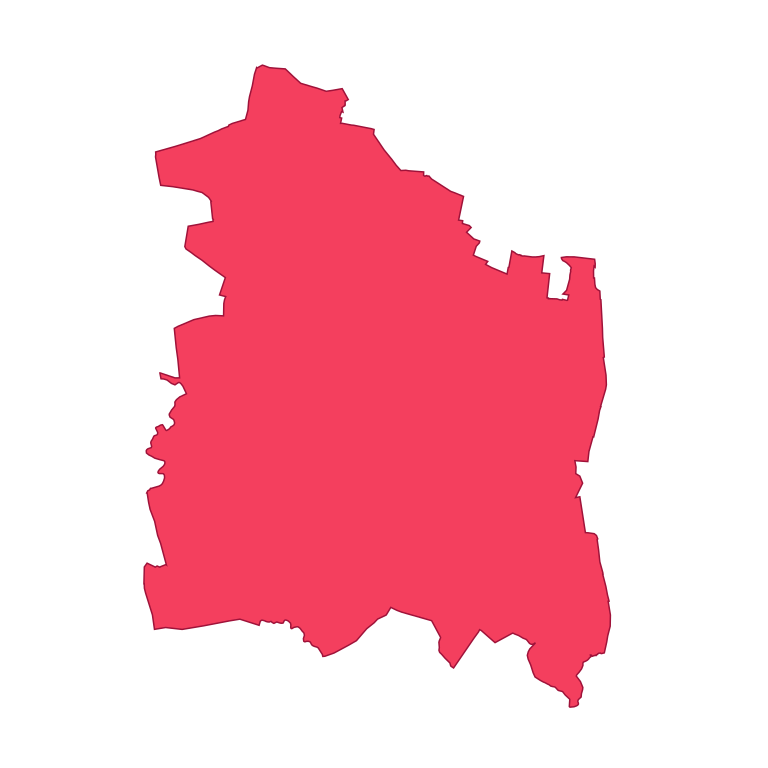 the district of Griškānu pag., Rezeknes, Latvia, rotated 102°
{"feature_id": "27541924B86599221750304", "entity_name": "Griškānu pag.", "entity_type": "district", "adm_level": 2, "iso_a3": "LVA", "parent_name": "Latvia", "parent_adm1": "Rezeknes", "projection": "mercator", "projection_center": [27.435, 56.489], "detail": "fine", "context": "isolated", "style": "filled", "palette": "rose", "viewbox_px": 768, "rotation_deg": 102, "n_neighbors": 0, "source": "geoboundaries", "source_scale": "gbopen_adm2", "svg_char_len": 6166}
<svg xmlns="http://www.w3.org/2000/svg" viewBox="0 0 768 768"><g transform="rotate(102 384 384)"><path d="M101.3,573.9L101.4,574.2L101.2,574.4L107.9,575.1L119.8,574.8L130.8,575.3L136.0,575.1L144.5,574.0L154.0,574.5L160.7,586.6L163.0,589.6L164.4,589.8L168.0,595.5L170.8,599.0L172.8,602.1L182.1,614.6L194.9,637.4L204.5,655.6L206.7,655.0L209.4,654.7L228.6,647.0L236.1,643.7L234.9,631.7L233.9,611.3L234.3,606.5L234.5,601.8L237.9,594.4L241.2,590.9L241.7,591.3L258.0,586.0L258.4,585.2L258.8,585.4L260.5,585.0L262.2,589.2L266.4,598.5L270.4,608.3L291.0,607.4L293.1,605.7L295.5,599.9L297.6,595.5L300.8,587.7L304.8,579.7L307.8,573.2L312.9,561.3L331.1,563.4L331.4,557.0L334.8,557.5L338.6,557.4L350.7,555.1L352.0,563.0L353.9,569.0L360.6,583.4L370.3,597.3L373.2,600.7L391.6,594.8L402.7,590.8L420.5,585.2L421.5,589.7L419.7,605.2L419.8,605.5L425.3,603.2L424.9,600.8L425.1,597.9L425.3,596.8L427.6,592.1L428.3,588.3L425.8,585.9L425.2,585.1L425.1,584.1L426.0,582.5L428.0,580.2L434.6,575.2L439.0,581.0L442.4,583.7L444.7,584.7L445.7,584.7L447.2,584.2L449.3,584.1L453.5,586.3L458.0,587.8L459.0,587.6L460.9,586.4L462.3,582.8L463.1,581.9L465.6,580.7L467.4,580.8L469.1,582.1L470.0,583.3L470.6,583.8L471.8,584.2L472.9,585.0L474.6,586.8L474.7,587.3L474.3,588.0L470.3,591.7L469.9,592.3L470.7,594.1L472.5,596.0L473.5,597.7L474.3,598.2L474.8,598.1L478.4,595.3L480.2,595.1L481.2,595.8L482.3,597.8L483.0,598.3L486.2,599.0L488.5,599.9L490.1,599.9L493.3,598.3L494.6,598.4L496.4,601.4L497.6,602.4L498.8,602.7L500.9,602.0L502.3,599.2L503.0,596.2L504.2,592.8L504.6,587.8L504.8,583.2L505.5,582.3L506.7,581.9L508.0,581.9L509.2,582.3L510.5,582.9L514.0,585.7L516.0,586.6L517.3,586.8L518.2,586.1L518.3,584.8L517.7,582.1L517.7,581.1L518.5,580.1L519.6,579.6L521.5,579.1L524.9,579.4L527.6,580.1L529.4,581.3L530.7,582.9L534.4,589.8L534.6,590.7L536.3,591.3L537.5,592.8L540.0,593.5L540.1,592.9L548.8,589.6L555.3,586.7L566.0,579.8L579.2,573.9L586.3,569.4L606.1,559.3L605.9,559.7L609.4,565.0L609.8,565.2L609.2,568.1L610.7,569.7L610.4,570.6L608.5,578.5L612.8,580.4L629.3,577.3L629.2,577.0L633.6,575.9L638.1,573.7L658.0,562.5L671.7,557.5L667.6,547.0L666.0,530.4L658.1,510.3L647.9,486.1L644.0,476.1L646.0,456.0L641.8,455.7L640.6,454.8L640.3,453.9L640.4,451.7L640.8,450.1L640.9,448.6L640.7,446.8L639.7,445.2L640.5,443.8L641.0,442.2L641.0,441.9L639.2,439.6L639.1,439.2L639.4,436.4L639.4,434.9L638.9,433.2L638.6,432.9L636.7,432.5L635.8,432.0L635.4,431.5L635.3,430.7L635.4,429.6L635.8,428.2L637.3,425.8L639.0,425.0L641.3,424.7L642.4,424.1L642.5,423.5L642.3,423.1L640.8,421.5L639.6,418.8L639.4,418.0L639.5,417.3L640.2,415.7L641.0,414.6L642.7,412.7L644.0,410.8L644.7,410.3L646.4,409.6L649.9,409.9L652.3,409.0L652.6,408.3L652.6,407.7L651.7,406.0L651.4,404.2L651.6,403.0L651.8,402.4L653.9,400.7L654.6,399.7L655.1,397.8L655.3,394.9L655.8,393.5L661.3,388.1L663.2,387.2L662.6,385.2L657.5,376.9L646.9,364.4L640.8,357.6L626.9,350.0L619.6,344.0L615.3,341.4L609.5,333.8L601.1,330.9L602.7,324.3L603.5,319.1L605.6,288.2L619.9,276.1L620.5,275.9L623.5,276.5L625.2,276.6L630.3,275.1L633.0,274.9L634.6,274.0L635.1,273.5L636.4,271.4L639.5,267.3L643.2,261.5L645.8,260.2L646.2,259.7L647.3,256.9L614.0,243.2L606.8,240.0L604.4,239.4L604.9,237.6L613.9,221.6L601.0,206.5L601.0,205.2L601.3,204.6L602.0,200.1L603.7,195.1L604.2,192.0L604.9,190.8L607.5,187.7L608.0,185.9L607.5,184.0L605.6,182.1L606.8,182.6L612.8,186.3L615.9,187.2L619.6,187.4L623.1,185.8L628.3,182.1L635.4,178.1L639.2,175.3L641.4,169.5L642.4,166.1L642.6,164.7L643.5,161.6L643.8,160.1L644.8,158.1L644.9,156.0L644.8,154.0L645.7,152.4L647.2,150.4L647.5,149.6L647.7,145.4L650.5,142.1L653.5,137.1L653.9,136.7L660.9,135.7L661.3,135.3L661.4,134.8L660.2,131.0L658.9,128.9L657.9,127.8L656.8,127.3L655.8,127.5L654.3,128.4L653.3,128.5L652.2,128.2L649.2,126.1L645.8,126.5L641.8,126.2L639.5,126.4L634.2,130.0L629.7,135.2L628.4,135.0L625.3,133.2L621.5,131.5L617.9,130.9L615.8,131.4L614.6,131.2L613.0,128.9L611.8,127.6L610.2,126.5L609.1,126.1L607.8,125.0L606.2,125.8L606.0,125.2L606.3,124.6L607.0,124.2L606.9,123.2L606.4,122.9L605.8,121.5L605.8,121.2L605.4,121.0L605.4,120.0L604.6,119.9L604.2,118.9L603.5,118.8L602.7,118.0L602.2,116.3L602.5,115.9L602.5,115.2L601.2,112.6L590.2,112.5L583.9,112.8L573.9,112.4L562.9,114.5L549.9,119.6L549.6,118.7L544.0,121.5L535.9,124.9L524.6,130.5L524.5,130.2L522.9,130.8L513.1,135.9L501.7,139.6L491.8,143.2L491.1,142.7L488.0,144.7L486.7,147.3L487.1,153.2L487.5,156.1L453.6,169.0L455.3,173.0L439.7,169.1L433.4,173.3L431.8,177.8L425.3,178.9L419.3,181.4L417.5,168.5L407.4,169.5L392.2,168.6L392.2,167.9L373.7,167.3L365.0,167.6L360.9,167.1L360.9,167.5L343.1,166.1L338.6,166.3L329.1,168.7L312.5,175.0L311.8,174.1L292.9,179.8L284.2,181.9L256.4,189.4L256.1,190.1L248.2,192.2L247.2,195.1L245.7,197.1L242.5,198.5L236.5,200.2L236.7,201.0L229.7,202.6L225.0,203.0L225.8,201.8L222.5,202.4L218.2,203.9L220.1,224.2L221.7,232.1L223.4,236.8L224.5,236.4L226.1,234.8L226.6,232.8L227.4,230.7L229.5,227.2L231.3,225.0L233.8,225.2L234.9,224.8L238.6,224.8L242.9,224.2L254.4,224.9L258.8,227.7L258.5,221.8L263.9,221.9L264.2,222.4L264.1,227.1L264.9,227.3L265.1,229.7L264.8,232.5L265.9,238.6L266.4,240.9L265.7,241.0L265.8,242.5L241.6,244.9L242.5,252.8L225.2,254.3L227.1,258.5L228.3,262.4L228.9,265.3L229.6,273.5L230.0,274.8L229.9,276.9L229.5,276.9L229.4,278.6L229.7,279.1L229.4,280.9L229.0,282.3L228.3,283.3L227.3,286.6L243.2,286.1L244.0,286.2L244.2,286.7L250.9,286.5L247.8,302.8L245.9,309.5L242.5,308.0L240.1,320.8L239.4,323.4L230.1,322.4L226.2,320.1L224.3,320.0L223.4,326.4L218.4,334.8L212.8,331.3L211.3,333.5L210.7,340.7L207.9,341.0L208.2,345.1L184.0,345.2L182.3,354.6L181.7,358.8L173.6,380.1L171.2,383.3L171.7,384.9L171.2,385.5L171.8,386.6L172.3,387.1L171.8,388.6L168.3,389.3L170.3,404.1L170.4,407.1L171.7,411.9L167.5,417.6L162.9,422.8L155.0,432.6L141.9,446.2L137.1,446.6L136.9,449.3L137.2,467.5L137.5,469.6L137.7,479.1L138.1,480.7L132.7,480.7L132.6,482.7L130.4,482.8L126.3,482.1L126.6,480.7L122.3,482.6L119.9,480.2L119.6,480.4L119.2,480.0L115.2,480.9L114.9,479.9L113.2,478.1L103.8,486.3L107.4,495.2L109.7,501.4L108.5,511.0L108.2,515.8L107.2,528.0L102.1,536.7L96.3,546.1L97.6,555.3L98.4,561.8L97.5,567.8L97.4,569.3L101.3,573.9Z" fill="#f43f5e" stroke="#9f1239" stroke-width="1.5"/></g></svg>